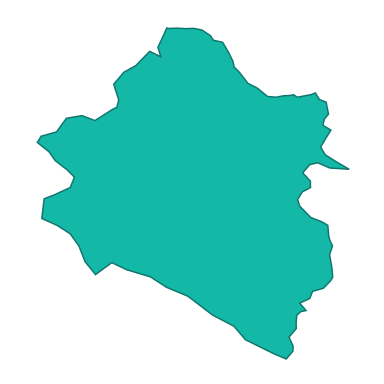 outline of Nata, Paphos, Cyprus, rotated 92°
{"feature_id": "46923920B19030754340251", "entity_name": "Nata", "entity_type": "district", "adm_level": 2, "iso_a3": "CYP", "parent_name": "Cyprus", "parent_adm1": "Paphos", "projection": "natural_earth1", "projection_center": [32.562, 34.775], "detail": "fine", "context": "isolated", "style": "filled", "palette": "teal", "viewbox_px": 384, "rotation_deg": 92, "n_neighbors": 0, "source": "geoboundaries", "source_scale": "gbopen_adm2", "svg_char_len": 1396}
<svg xmlns="http://www.w3.org/2000/svg" viewBox="0 0 384 384"><g transform="rotate(92 192 192)"><path d="M28.9,222.9L38.0,226.6L48.5,231.1L58.0,227.9L52.9,239.2L67.6,252.5L74.6,264.2L87.0,274.0L102.6,268.4L110.0,270.1L112.2,274.3L124.0,291.5L119.5,304.5L122.7,320.1L136.7,329.5L141.5,344.7L146.8,347.7L147.9,348.3L156.8,336.3L165.4,329.8L174.0,317.8L181.3,310.0L191.8,313.9L199.8,329.8L203.9,339.5L223.7,341.2L230.1,325.6L238.0,312.3L249.8,303.2L265.4,296.4L276.8,286.5L277.9,285.6L265.4,269.7L272.1,254.2L278.2,230.8L288.1,214.2L296.3,192.5L314.5,166.8L324.7,145.4L337.8,133.4L348.3,110.1L351.1,103.9L353.0,98.8L355.6,92.0L347.6,85.6L342.5,85.6L333.7,90.0L324.8,83.0L319.6,83.4L311.6,83.0L307.7,79.1L306.5,73.9L299.3,80.5L294.3,70.6L287.1,68.0L283.6,57.3L275.6,50.2L272.2,48.4L262.6,49.6L249.9,52.3L240.9,49.7L235.7,52.5L230.7,53.9L220.6,55.1L217.3,61.2L213.4,72.3L202.5,83.8L195.9,86.2L188.1,81.8L183.4,73.7L177.0,74.1L169.0,82.0L160.5,75.3L158.4,67.4L163.2,55.1L163.8,35.7L156.6,49.2L150.2,60.1L142.6,65.0L132.5,59.5L125.3,55.3L120.8,63.6L114.4,62.2L109.4,58.3L97.5,61.1L95.2,67.8L88.7,72.2L90.6,76.6L93.6,90.2L91.3,93.7L92.2,98.3L92.6,103.5L94.3,111.2L93.9,119.9L85.9,130.4L81.4,140.0L70.6,148.9L65.7,154.2L59.8,155.7L51.3,160.3L41.3,166.6L39.6,175.9L35.2,178.9L29.8,187.7L28.4,195.9L29.0,204.5L28.8,212.0L29.4,221.7L28.9,222.9Z" fill="#14b8a6" stroke="#0f766e" stroke-width="1.5"/></g></svg>